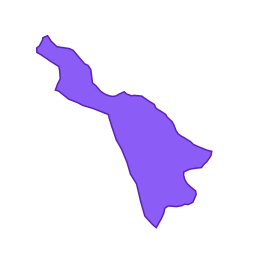 outline of Oke Ero, Kwara, Nigeria, rotated 82°
{"feature_id": "59680162B41605859942250", "entity_name": "Oke Ero", "entity_type": "district", "adm_level": 2, "iso_a3": "NGA", "parent_name": "Nigeria", "parent_adm1": "Kwara", "projection": "mercator", "projection_center": [5.236, 8.179], "detail": "fine", "context": "isolated", "style": "filled", "palette": "violet", "viewbox_px": 256, "rotation_deg": 82, "n_neighbors": 0, "source": "geoboundaries", "source_scale": "gbopen_adm2", "svg_char_len": 1434}
<svg xmlns="http://www.w3.org/2000/svg" viewBox="0 0 256 256"><g transform="rotate(82 128 128)"><path d="M26.8,199.8L28.8,200.4L29.0,200.5L34.3,204.2L36.0,207.3L37.8,207.4L40.5,207.7L41.9,205.8L43.0,204.4L47.0,199.9L50.6,196.0L50.8,195.8L55.6,190.2L57.5,187.9L59.3,187.8L62.5,187.7L70.0,188.3L71.3,189.3L71.8,189.6L74.2,191.4L77.5,193.1L80.3,194.7L81.8,191.5L91.1,182.8L95.9,174.3L99.4,169.5L103.7,160.0L111.9,145.6L115.9,145.2L124.4,143.8L138.4,141.2L144.0,138.9L148.4,137.2L162.1,133.7L167.5,132.9L173.9,132.0L184.6,127.3L202.2,125.7L217.5,123.6L227.2,117.0L230.6,113.9L222.8,107.9L218.1,104.9L217.5,104.5L212.6,102.7L210.8,98.9L212.6,90.9L212.4,85.5L211.3,82.4L212.2,79.2L210.6,74.1L203.5,69.8L199.8,69.8L194.9,74.3L191.6,77.0L187.1,79.0L182.3,79.5L179.2,78.8L177.4,72.5L177.2,66.7L177.4,62.9L177.4,60.7L174.5,57.7L172.3,54.6L168.5,51.0L166.8,49.7L162.8,48.3L161.0,52.8L156.1,61.3L153.5,65.4L150.2,68.0L145.3,73.9L143.1,76.8L140.6,79.2L137.3,80.8L131.6,82.1L127.8,83.5L122.7,87.7L119.7,88.9L114.9,94.4L113.4,96.5L111.6,97.8L108.3,98.7L103.8,104.1L100.2,108.0L98.3,109.9L96.6,117.2L96.6,120.3L95.4,122.1L94.2,124.6L91.6,126.7L93.0,131.4L94.6,135.6L94.6,138.6L93.7,141.8L91.5,145.7L89.7,148.0L87.7,150.0L83.7,152.6L81.3,154.2L78.6,156.9L65.1,156.7L60.5,158.8L58.4,162.0L51.4,166.5L43.5,171.5L41.2,175.0L37.6,187.1L32.9,190.8L31.3,192.1L29.5,192.9L25.4,194.8L26.8,199.8Z" fill="#8b5cf6" stroke="#5b21b6" stroke-width="1.5"/></g></svg>